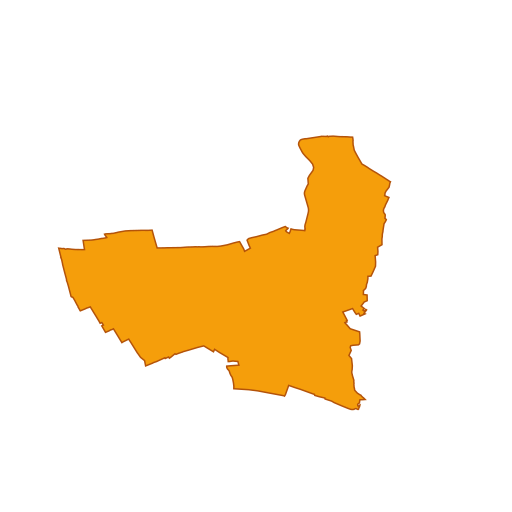 the district of Dorohoi, Botosani, Romania, rotated 213°
{"feature_id": "2599482B4941820035294", "entity_name": "Dorohoi", "entity_type": "district", "adm_level": 2, "iso_a3": "ROU", "parent_name": "Romania", "parent_adm1": "Botosani", "projection": "natural_earth1", "projection_center": [26.424, 47.967], "detail": "fine", "context": "isolated", "style": "filled", "palette": "amber", "viewbox_px": 512, "rotation_deg": 213, "n_neighbors": 0, "source": "geoboundaries", "source_scale": "gbopen_adm2", "svg_char_len": 6057}
<svg xmlns="http://www.w3.org/2000/svg" viewBox="0 0 512 512"><g transform="rotate(213 256 256)"><path d="M278.6,381.2L280.4,379.5L281.3,378.5L281.7,377.9L282.0,377.2L282.0,376.8L282.1,376.0L282.0,375.2L281.9,374.5L281.6,373.8L281.3,373.1L280.8,372.5L280.2,372.0L278.0,370.6L274.2,368.5L273.0,367.9L271.6,367.4L268.5,366.5L262.9,365.3L258.6,363.9L255.9,361.7L254.8,358.9L255.1,352.7L254.8,349.4L251.4,344.9L251.3,342.6L250.5,337.5L250.3,336.7L250.0,335.8L249.6,335.0L249.0,334.2L248.3,333.5L238.5,325.0L237.6,324.0L236.8,322.9L236.2,321.8L235.5,320.0L232.6,311.5L231.9,309.0L231.3,307.7L230.9,307.0L230.3,306.3L229.8,305.9L229.8,305.5L229.7,305.2L229.4,305.1L229.0,304.2L228.9,303.8L229.7,303.5L238.2,298.9L240.0,298.2L241.4,297.8L241.1,296.7L240.7,295.2L240.4,293.1L241.4,293.0L242.0,293.0L242.5,292.9L243.0,292.9L244.4,293.1L244.9,293.4L244.6,294.7L244.2,296.2L244.2,296.8L244.6,296.7L245.8,296.5L247.5,296.7L249.5,294.0L251.4,291.2L252.8,289.1L253.7,287.9L254.7,286.3L257.1,283.3L257.8,282.1L258.4,281.0L258.8,280.4L258.9,280.1L262.1,277.0L266.1,272.5L269.6,269.0L271.6,266.7L272.1,265.1L272.1,264.4L267.7,261.2L265.0,259.5L268.1,253.7L270.1,255.2L277.6,259.1L279.4,257.4L281.9,254.7L286.2,249.7L291.0,245.1L293.7,242.9L296.5,241.1L297.7,240.4L300.9,238.2L305.0,235.1L307.7,233.3L309.0,232.6L310.0,231.8L311.6,230.9L314.5,228.8L318.6,226.0L323.8,222.0L330.8,217.3L335.6,214.1L337.1,213.0L343.3,208.9L352.1,216.5L357.2,221.1L360.5,218.7L365.8,215.3L369.1,213.0L375.1,208.9L379.3,205.8L384.7,200.8L385.1,200.3L388.0,197.3L389.5,196.2L390.1,195.6L393.7,193.0L394.3,192.5L394.9,191.8L393.8,191.2L391.7,190.5L391.2,190.2L392.0,189.3L393.9,187.5L395.2,186.5L397.5,184.2L399.4,182.6L400.9,181.2L402.7,179.7L409.5,174.9L404.8,169.6L403.3,168.0L404.7,167.0L406.0,166.2L411.1,163.0L414.4,161.2L415.7,160.6L417.8,159.5L418.6,158.9L419.0,158.3L419.4,157.9L419.8,157.8L420.3,157.9L420.7,157.8L421.3,157.6L422.6,156.6L424.4,155.8L425.4,155.2L425.7,155.1L424.0,153.5L417.7,147.6L417.4,147.5L417.5,147.5L417.2,147.3L414.9,145.0L413.9,144.0L413.6,143.6L407.3,137.8L402.4,133.4L401.4,132.1L401.2,132.0L399.9,131.1L397.0,128.6L390.4,122.6L389.3,121.5L389.1,121.4L388.6,121.2L387.3,121.6L386.8,121.5L383.8,120.0L381.9,118.9L379.0,117.3L378.1,117.0L377.3,116.2L375.6,115.4L374.0,114.5L373.5,114.3L370.5,118.6L369.6,120.1L367.9,122.2L367.3,123.1L365.7,122.3L364.1,121.6L361.9,120.5L356.6,118.0L355.0,117.2L352.1,115.8L350.1,114.7L349.1,116.2L346.4,115.0L347.3,113.4L340.6,110.0L338.4,113.3L337.6,115.0L336.9,115.6L335.9,117.3L329.4,114.2L321.3,110.3L320.6,111.8L317.5,117.0L316.3,116.4L313.8,115.3L302.7,110.1L301.8,109.8L298.1,108.3L297.5,108.1L292.5,107.6L291.9,107.0L288.7,103.7L284.6,109.5L284.3,109.9L284.3,110.0L284.2,110.2L283.9,110.8L281.9,113.3L280.6,115.4L277.0,121.0L276.3,120.6L274.3,123.7L273.0,123.1L272.4,124.5L270.7,129.9L269.6,129.9L267.8,132.4L266.8,133.6L266.5,134.1L265.6,135.1L264.9,136.2L261.9,139.6L261.2,140.4L255.2,147.5L250.9,152.1L249.8,152.2L239.5,152.5L239.9,155.2L234.0,155.2L227.1,155.5L224.2,155.6L223.4,154.2L222.8,153.6L221.8,152.3L220.8,153.0L218.5,155.1L217.8,155.6L217.1,155.9L216.5,156.2L216.1,156.4L213.8,157.7L210.9,155.1L216.1,151.2L217.4,150.2L220.6,147.7L220.3,147.2L219.8,146.6L219.2,146.2L218.3,145.7L216.7,145.3L215.9,145.0L215.5,144.7L214.2,143.6L212.4,142.4L210.9,141.7L209.9,141.3L208.1,139.7L205.8,137.3L203.7,134.8L202.3,132.6L189.3,139.9L181.2,143.8L171.2,147.9L157.2,153.7L156.3,154.0L155.8,154.0L155.8,155.6L158.1,165.3L151.9,166.8L146.0,168.4L132.6,171.5L131.7,171.8L130.8,171.1L126.4,172.4L120.9,174.4L120.7,174.1L120.2,173.7L113.5,175.5L110.7,175.6L102.6,177.0L95.9,178.3L93.3,178.9L91.9,179.5L90.3,180.7L90.2,181.1L89.8,181.7L89.2,182.4L89.0,182.5L88.6,182.6L87.3,182.7L86.9,182.9L86.7,183.0L86.6,183.3L86.6,183.5L87.1,185.0L87.0,185.6L87.4,186.9L87.7,187.6L87.8,187.4L87.8,186.9L88.2,186.1L88.5,185.8L88.6,185.7L88.8,185.7L89.1,185.9L89.5,186.3L89.8,186.7L89.9,187.1L89.8,187.8L89.3,189.0L89.4,189.4L90.3,191.4L90.5,192.1L88.8,193.2L86.3,195.1L88.6,195.6L89.2,195.6L90.9,195.9L91.6,196.1L92.3,196.4L93.2,196.2L96.3,196.2L100.2,197.2L100.8,198.0L101.6,198.8L102.4,199.5L103.0,200.4L103.8,201.3L104.6,202.8L105.5,203.7L105.8,204.4L106.1,204.8L106.3,205.1L106.6,205.4L107.5,206.1L108.1,206.7L108.8,207.1L109.1,207.5L110.3,208.5L110.9,209.2L111.5,209.6L112.4,210.7L113.0,211.8L113.5,213.1L115.4,216.4L120.0,222.0L123.9,223.2L124.7,228.6L127.3,230.7L127.7,232.3L126.2,233.8L121.7,237.3L121.3,238.7L122.4,241.4L126.7,247.4L127.8,248.8L137.4,246.3L143.2,248.0L144.2,248.1L145.2,248.6L143.8,250.3L144.9,251.0L144.5,251.7L152.7,256.3L146.4,264.5L142.2,262.5L140.1,261.7L138.6,263.9L136.0,262.3L133.0,266.9L134.2,266.8L133.9,271.0L134.8,271.0L135.0,268.7L136.9,268.9L136.6,270.9L140.6,271.3L140.2,276.4L138.4,279.1L141.6,283.8L145.0,282.2L146.8,285.2L147.1,285.5L146.8,286.6L146.4,288.3L146.5,289.2L147.0,290.8L147.7,292.0L148.0,293.1L148.3,294.5L149.8,297.9L151.1,299.9L148.6,301.8L149.3,307.0L150.2,312.5L152.4,316.1L156.3,321.2L154.6,323.4L156.2,326.2L158.8,329.6L156.5,334.1L159.7,338.9L160.7,341.1L161.7,342.7L162.4,344.3L162.7,345.3L163.6,347.0L166.2,352.8L166.2,354.7L166.2,355.6L166.4,356.3L166.4,357.2L166.5,357.5L167.3,357.7L168.4,357.8L168.6,358.1L168.7,358.3L168.8,358.8L168.9,359.1L169.3,359.5L169.9,360.7L170.1,360.9L170.5,361.2L172.4,361.9L173.0,362.4L174.0,363.6L174.1,364.1L174.4,364.5L174.7,366.1L174.7,367.3L175.2,369.2L175.5,371.5L175.5,371.9L175.7,373.2L175.8,374.4L176.0,375.1L176.4,377.5L179.9,376.8L181.0,376.7L181.3,377.6L182.1,379.2L182.2,380.3L182.3,381.5L182.1,383.2L181.9,386.2L182.7,388.4L183.4,390.0L183.7,391.5L184.1,391.4L194.5,391.4L196.4,391.3L200.1,391.3L203.4,391.1L208.8,391.0L210.7,391.1L214.7,391.0L217.1,390.8L218.2,391.3L224.5,394.5L228.0,396.4L231.0,398.1L231.4,398.4L234.2,401.3L235.0,402.0L237.3,405.2L237.3,405.4L237.4,405.6L237.8,406.1L238.4,406.9L239.7,408.3L241.7,407.1L244.5,405.6L251.1,401.5L256.5,398.6L260.1,396.0L260.4,395.3L261.6,395.4L261.9,394.7L266.2,392.1L267.2,391.1L277.3,382.1L278.1,381.4L278.6,381.2Z" fill="#f59e0b" stroke="#b45309" stroke-width="1.5"/></g></svg>